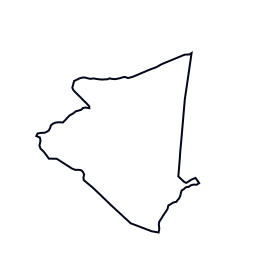 the district of São Miguel dos Campos, Alagoas, Brazil, rotated 108°
{"feature_id": "56859067B77062993140520", "entity_name": "São Miguel dos Campos", "entity_type": "district", "adm_level": 2, "iso_a3": "BRA", "parent_name": "Brazil", "parent_adm1": "Alagoas", "projection": "natural_earth1", "projection_center": [-36.106, -9.778], "detail": "fine", "context": "isolated", "style": "outline", "palette": "ink", "viewbox_px": 256, "rotation_deg": 108, "n_neighbors": 0, "source": "geoboundaries", "source_scale": "gbopen_adm2", "svg_char_len": 1643}
<svg xmlns="http://www.w3.org/2000/svg" viewBox="0 0 256 256"><g transform="rotate(108 128 128)"><path d="M207.1,119.3L217.8,96.0L218.9,73.6L217.9,66.6L214.1,67.1L211.8,68.2L209.7,69.0L207.4,69.3L203.4,68.2L200.4,67.5L198.0,66.8L195.7,66.1L192.6,65.4L189.2,65.7L187.1,63.7L185.0,62.1L183.3,59.2L181.3,58.6L179.3,57.7L176.3,57.3L173.5,57.6L170.9,57.7L168.9,56.0L166.4,54.6L165.3,52.2L163.2,50.6L161.7,48.5L160.7,45.1L158.4,43.3L154.6,48.4L157.4,51.6L162.2,55.6L161.9,58.0L158.4,65.3L156.2,65.7L140.6,69.4L134.4,71.0L125.0,73.1L83.3,82.8L57.4,87.2L37.1,90.7L39.0,92.2L40.6,96.4L42.0,98.3L44.7,101.4L48.2,105.5L51.6,109.5L55.6,114.2L57.5,116.3L60.3,118.8L62.0,120.6L64.1,123.3L66.9,126.7L68.3,128.3L69.8,130.0L71.8,132.4L74.0,134.8L75.5,136.6L77.3,138.6L78.8,140.8L80.5,143.4L80.4,146.7L81.7,149.1L83.4,151.5L85.5,155.3L86.3,158.5L86.5,160.9L88.0,162.6L88.9,165.0L90.0,167.8L90.8,171.4L91.5,176.0L92.9,179.1L93.2,182.0L93.3,184.5L94.2,187.1L95.9,189.6L98.0,191.7L100.0,193.8L106.9,193.4L108.9,191.6L110.6,188.5L111.8,186.1L112.9,183.9L115.3,179.2L117.8,174.3L119.3,171.6L121.1,170.9L121.6,174.6L123.0,177.1L125.0,178.0L126.5,180.1L128.3,182.8L131.3,184.8L133.9,187.3L136.7,188.7L140.1,190.2L142.9,191.7L143.8,195.2L145.2,198.5L147.0,200.6L149.1,202.1L152.3,202.1L154.8,202.6L156.8,204.1L158.4,206.1L159.6,209.4L161.2,212.3L164.0,212.7L164.3,208.9L166.4,207.6L168.4,207.1L172.0,206.8L174.7,204.8L175.9,202.1L177.2,199.9L179.3,196.9L181.6,193.8L179.3,186.3L183.9,168.7L184.1,165.0L183.2,162.7L182.6,159.7L183.5,157.5L185.7,155.4L188.7,155.1L191.2,154.0L195.7,142.9L198.3,137.4L207.1,119.3Z" fill="none" stroke="#020617" stroke-width="2"/></g></svg>